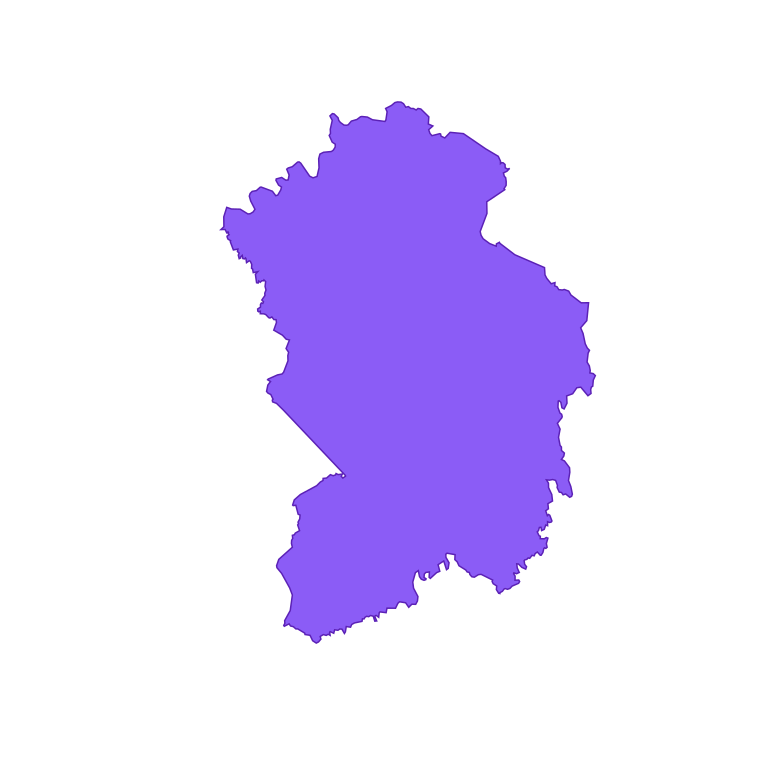 the district of Hambol, Vallée du Bandama, Ivory Coast, rotated 225°
{"feature_id": "98640826B80955316471767", "entity_name": "Hambol", "entity_type": "district", "adm_level": 2, "iso_a3": "CIV", "parent_name": "Ivory Coast", "parent_adm1": "Vallée du Bandama", "projection": "natural_earth1", "projection_center": [-4.861, 8.622], "detail": "fine", "context": "isolated", "style": "filled", "palette": "violet", "viewbox_px": 768, "rotation_deg": 225, "n_neighbors": 0, "source": "geoboundaries", "source_scale": "gbopen_adm2", "svg_char_len": 6171}
<svg xmlns="http://www.w3.org/2000/svg" viewBox="0 0 768 768"><g transform="rotate(225 384 384)"><path d="M230.9,523.7L233.9,526.2L235.2,528.5L234.8,530.0L238.8,534.8L240.5,539.4L243.4,539.3L246.3,537.4L247.6,539.3L251.6,542.0L255.9,543.1L261.5,550.2L262.5,553.1L265.7,553.2L270.1,554.7L279.0,560.5L284.7,562.8L285.4,572.2L296.8,586.1L302.0,580.8L314.7,579.1L319.1,580.3L323.4,578.3L324.4,576.5L327.2,574.3L330.3,575.1L332.7,574.1L334.8,576.6L336.7,573.1L343.6,573.8L347.3,575.0L352.8,579.8L382.9,567.9L401.6,565.4L402.6,565.8L403.6,562.6L402.1,560.8L408.6,558.0L416.6,556.8L420.5,557.8L423.8,559.8L431.8,577.4L440.2,585.5L436.0,606.8L437.2,606.9L438.1,610.8L440.7,613.5L443.8,615.9L445.9,616.0L448.8,617.7L447.5,621.4L447.6,625.3L448.6,623.3L451.2,622.6L453.6,624.8L456.0,624.7L457.3,623.8L457.5,622.2L459.3,624.0L464.2,625.8L478.3,622.2L504.9,617.2L515.2,608.7L515.0,601.0L518.9,599.6L520.8,600.8L521.6,600.4L525.7,593.5L528.7,593.7L532.2,595.4L531.9,601.0L536.5,599.2L541.2,604.6L552.4,604.5L554.8,602.9L555.0,600.5L558.0,599.6L559.9,597.8L562.9,597.4L564.3,595.1L568.4,596.0L571.2,595.4L573.9,593.0L575.3,590.7L575.7,586.2L577.7,580.0L574.3,578.7L569.4,572.1L569.0,570.3L579.0,562.7L584.5,561.0L588.8,557.5L589.6,556.3L590.2,551.9L593.0,546.8L592.6,541.9L593.5,540.4L595.4,538.8L599.8,538.1L602.4,538.4L604.8,539.8L610.2,539.7L611.7,538.7L611.8,535.3L607.0,533.8L602.1,526.1L599.0,523.3L598.5,521.0L591.7,518.4L588.0,519.1L586.0,516.9L585.2,513.4L585.6,511.2L590.6,505.1L591.9,501.3L589.5,497.1L582.8,490.9L578.1,483.4L580.0,479.6L583.5,478.4L599.0,481.3L601.1,481.0L602.0,479.8L602.5,472.8L604.5,469.0L604.7,467.1L598.9,464.7L596.1,460.5L597.5,458.7L602.4,457.7L605.2,452.8L604.4,451.6L599.2,450.1L595.8,450.8L594.2,448.2L592.7,442.4L593.7,440.6L599.2,441.4L610.1,436.4L610.7,435.6L611.0,430.5L613.4,427.0L613.4,424.1L612.1,421.6L607.6,419.1L598.8,416.3L598.2,413.1L599.0,409.8L600.5,408.0L609.3,405.9L615.6,399.9L620.1,397.7L615.5,388.9L608.4,382.0L608.5,377.9L605.6,380.9L602.1,379.7L601.9,381.3L601.0,381.1L600.5,380.1L599.1,380.0L599.5,377.5L598.3,376.7L596.6,376.1L593.8,376.9L593.3,375.9L585.3,372.3L582.7,376.1L581.3,374.0L579.0,374.2L578.2,372.1L575.0,370.2L574.5,371.7L575.2,372.4L575.2,374.7L572.5,372.9L571.1,373.8L571.1,375.2L570.2,375.0L567.0,372.6L566.4,375.9L565.2,376.2L562.2,375.1L559.4,372.1L558.3,372.4L555.2,370.3L552.7,374.2L552.5,370.6L545.7,365.5L544.4,366.4L545.4,368.3L543.5,368.4L543.4,370.6L542.2,371.8L542.5,372.7L540.1,372.7L537.1,368.9L533.9,367.0L532.5,363.9L530.8,362.4L529.8,357.0L527.3,356.9L526.7,355.3L528.0,354.6L527.6,352.9L525.7,351.0L526.4,347.7L524.8,346.3L523.6,346.5L522.9,348.0L521.2,346.2L518.5,348.7L516.7,349.5L512.4,349.4L511.3,350.0L510.7,352.1L507.4,351.7L505.8,353.2L503.5,351.4L500.0,344.1L490.4,346.7L484.8,346.5L482.0,348.3L478.3,339.8L473.9,339.0L472.1,336.1L468.3,332.5L463.3,321.3L463.2,318.9L465.7,315.2L469.4,305.6L469.3,304.7L466.0,305.5L465.4,301.1L461.8,295.7L459.6,295.5L456.6,296.5L451.7,294.8L451.6,293.6L450.1,292.6L446.3,294.3L436.9,294.4L346.5,292.0L346.0,291.6L346.6,288.4L349.0,288.5L349.8,290.9L352.4,287.5L354.6,286.8L354.0,285.5L355.1,283.2L357.8,282.0L358.1,276.9L360.3,274.2L358.9,272.6L359.7,269.7L359.7,264.5L365.0,246.7L365.5,238.6L363.0,233.8L362.2,233.8L360.6,235.9L352.6,231.2L350.7,232.0L348.2,229.0L347.1,225.5L345.7,224.8L345.4,223.3L340.0,220.6L341.3,215.9L340.8,214.0L341.8,212.2L339.3,210.2L338.8,208.2L336.7,205.8L333.4,203.8L334.4,185.6L331.5,179.6L329.8,178.4L322.5,177.7L306.5,173.1L299.6,170.0L290.1,157.5L286.9,146.4L284.9,144.7L284.2,142.4L283.2,142.2L281.5,147.3L279.0,146.8L276.5,148.3L273.1,148.5L271.9,149.8L263.9,151.8L262.7,151.0L258.6,154.0L252.9,152.0L248.7,152.9L247.9,155.3L248.2,159.0L250.6,160.3L249.7,163.9L247.1,165.4L246.5,167.6L244.4,168.2L246.9,170.0L247.0,170.8L243.3,172.2L245.1,175.3L242.4,177.3L242.0,179.5L240.4,180.9L235.6,179.6L236.0,181.4L239.2,185.8L235.7,188.4L236.8,191.1L235.9,194.2L231.7,200.6L233.2,202.7L232.0,203.8L232.5,205.6L232.0,207.5L230.3,208.6L229.8,210.8L227.4,212.2L222.8,209.8L221.6,211.3L225.9,213.0L226.4,214.0L225.8,214.9L222.8,215.3L225.6,218.8L225.7,220.0L220.8,223.8L223.4,227.6L217.3,233.6L219.1,238.8L219.0,241.0L214.0,244.6L208.6,243.6L208.6,248.0L205.8,250.6L206.9,254.2L209.7,257.7L218.7,260.5L223.6,264.3L228.4,272.8L227.8,276.3L222.7,272.9L219.6,272.3L216.9,273.5L216.1,275.2L216.5,276.0L218.9,275.5L221.1,278.1L221.2,280.3L219.0,283.2L215.4,279.2L213.8,279.3L213.4,287.9L212.1,291.0L218.0,294.5L216.6,301.1L208.5,296.9L208.2,299.0L211.6,303.6L217.6,305.2L219.9,307.3L219.8,308.9L213.1,313.6L209.7,309.9L206.5,310.0L202.5,308.5L194.7,310.3L192.3,309.9L190.4,311.1L188.5,310.0L185.6,309.8L183.5,311.3L182.4,316.0L180.7,318.1L168.5,322.2L167.9,320.8L165.6,320.0L161.5,320.9L159.2,318.1L154.9,317.1L153.9,317.8L154.5,318.3L153.7,321.1L154.1,324.0L153.7,325.0L151.5,326.2L150.4,328.5L150.5,331.7L147.9,338.2L148.4,340.2L150.1,340.7L152.6,337.9L155.5,340.9L158.2,341.5L158.6,342.3L156.1,343.6L155.1,346.4L159.6,348.1L163.0,350.7L161.6,351.8L156.9,351.8L152.9,353.3L154.0,355.6L157.1,356.0L160.0,358.2L160.1,359.1L159.0,361.0L159.1,362.9L157.7,363.8L158.2,367.5L156.3,368.7L157.2,370.9L156.8,373.6L152.4,373.4L151.8,374.1L152.5,377.2L154.6,380.6L154.7,381.6L153.3,382.2L153.2,383.9L156.4,386.0L159.1,390.9L160.7,390.2L161.2,387.9L164.2,385.1L165.8,386.9L167.1,386.4L171.1,387.8L171.1,389.6L172.7,392.4L171.7,393.7L168.9,391.8L167.9,394.5L169.9,398.6L168.1,399.5L171.0,402.3L169.0,403.1L168.1,404.8L168.4,405.9L173.9,408.4L175.4,408.1L175.4,406.4L180.0,408.7L179.5,412.0L183.5,415.3L182.1,420.4L187.2,424.5L194.4,427.1L197.6,430.2L201.4,431.1L199.0,433.0L197.2,435.7L194.5,437.2L189.7,435.0L188.4,433.2L183.6,431.5L181.8,432.8L179.0,432.3L177.8,434.7L172.6,435.2L171.9,437.2L172.9,439.3L179.4,443.6L185.3,446.2L190.2,453.0L193.6,456.0L202.0,457.2L205.2,456.1L205.9,460.2L207.6,462.7L211.5,462.5L214.0,464.9L216.1,465.1L222.9,469.7L227.6,476.6L233.6,478.8L234.4,486.0L235.1,487.1L237.0,488.2L239.1,487.9L244.5,490.5L248.7,495.1L248.4,496.0L246.0,496.1L241.4,493.0L239.0,493.7L241.0,499.8L246.4,504.7L243.7,510.5L245.0,517.7L242.6,520.9L231.5,519.9L230.9,523.7Z" fill="#8b5cf6" stroke="#5b21b6" stroke-width="1.5"/></g></svg>